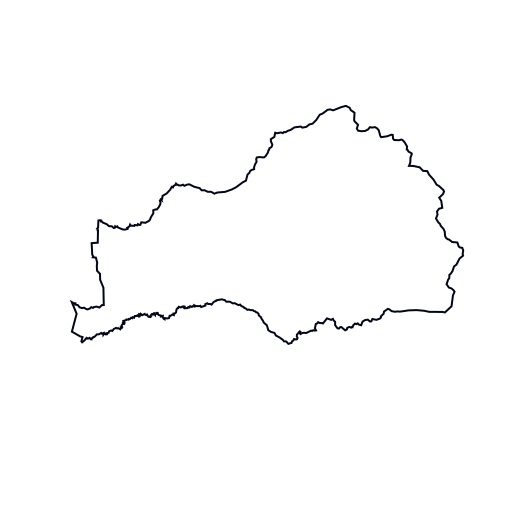 Florida, Valle del Cauca, Colombia, rotated 341°
{"feature_id": "7082276B72857503251060", "entity_name": "Florida", "entity_type": "district", "adm_level": 2, "iso_a3": "COL", "parent_name": "Colombia", "parent_adm1": "Valle del Cauca", "projection": "mercator", "projection_center": [-76.226, 3.3], "detail": "fine", "context": "isolated", "style": "outline", "palette": "ink", "viewbox_px": 512, "rotation_deg": 341, "n_neighbors": 0, "source": "geoboundaries", "source_scale": "gbopen_adm2", "svg_char_len": 6112}
<svg xmlns="http://www.w3.org/2000/svg" viewBox="0 0 512 512"><g transform="rotate(341 256 256)"><path d="M432.1,354.4L431.6,352.6L430.3,350.4L428.1,348.6L427.0,344.8L429.8,341.1L431.5,339.9L432.7,336.8L434.9,335.8L437.0,334.1L439.8,330.4L442.7,329.4L447.7,324.6L451.9,323.1L452.1,321.2L453.7,318.3L453.7,315.4L451.7,314.4L450.8,313.1L450.8,308.8L446.0,306.6L443.9,303.3L442.8,302.6L441.6,300.9L441.3,298.6L442.4,294.3L442.1,291.4L440.5,287.7L440.4,285.6L439.3,283.5L438.4,279.1L441.1,276.0L441.6,272.9L444.4,270.9L447.8,271.1L449.1,264.3L448.2,260.5L452.9,258.4L454.7,256.4L454.7,254.8L451.8,249.4L450.0,247.4L448.8,241.8L446.1,235.4L445.6,231.5L441.7,229.9L439.6,225.4L433.9,222.0L430.0,220.6L432.2,218.1L434.2,213.1L436.6,210.2L436.5,209.5L434.1,206.8L433.9,205.1L433.2,204.4L434.5,201.6L433.6,197.1L432.4,194.2L431.3,193.2L429.0,193.1L424.4,191.3L423.8,189.7L424.7,186.0L423.5,185.4L418.9,185.5L413.0,184.4L412.6,183.0L413.0,177.1L412.0,174.7L410.5,172.9L407.8,172.4L405.6,171.3L403.2,172.8L399.9,173.3L396.2,172.3L393.3,170.7L392.8,168.4L395.2,165.1L393.1,160.9L393.0,159.5L395.8,152.6L393.1,148.9L392.8,146.3L389.8,143.3L385.1,143.0L376.4,143.4L373.8,141.5L371.3,141.1L365.3,143.0L362.2,143.2L357.3,147.0L352.6,149.3L349.3,149.0L345.6,150.3L341.6,149.7L340.5,148.2L334.1,146.9L329.7,148.1L326.8,148.0L324.3,148.6L322.7,147.9L321.4,148.5L319.7,147.3L315.9,146.8L314.3,145.7L312.1,149.4L308.1,150.3L307.4,152.7L307.7,155.9L307.0,157.2L305.7,158.1L303.6,158.6L303.1,159.8L302.2,160.1L301.0,162.0L297.5,164.8L295.6,165.4L291.3,163.5L288.8,163.1L287.7,164.5L287.2,167.1L284.7,169.3L283.0,171.6L282.5,173.3L279.9,173.2L278.2,173.7L276.6,175.4L274.6,176.1L271.0,181.5L267.5,182.0L259.6,184.5L254.8,185.2L247.7,185.3L240.2,183.4L236.9,183.5L234.5,180.7L231.3,179.6L228.8,177.1L226.0,176.2L224.8,173.5L220.2,170.5L216.4,166.6L214.4,166.1L211.1,166.3L210.2,164.8L208.1,164.9L205.9,164.1L205.3,163.1L204.4,163.0L203.9,161.5L202.7,162.6L200.9,162.9L199.8,164.1L198.9,163.2L196.4,165.4L191.9,167.8L187.3,168.7L185.8,171.5L185.3,171.5L185.2,171.1L184.8,171.3L184.8,172.5L184.1,171.6L183.1,172.5L183.1,174.4L182.3,175.9L179.9,178.2L177.4,179.7L175.9,179.2L173.7,179.3L172.8,182.3L169.7,184.7L167.4,187.3L166.0,188.0L162.3,188.6L158.5,186.8L156.9,188.8L155.9,188.7L154.7,187.4L153.9,188.4L151.4,187.2L150.8,187.9L147.6,186.6L147.2,185.3L146.0,186.8L143.5,187.4L143.8,188.1L143.4,188.6L140.6,188.4L138.5,187.4L134.8,184.1L134.5,182.8L133.0,183.0L132.5,182.1L131.7,183.3L130.7,183.3L129.4,181.0L126.7,179.9L125.2,177.3L122.0,174.5L121.5,173.0L120.7,172.9L120.8,171.6L118.6,171.1L115.9,177.7L114.8,178.4L115.2,178.7L114.6,180.3L114.9,180.5L110.7,191.9L104.8,190.3L101.6,201.4L102.0,203.5L101.3,204.1L104.1,205.4L103.7,210.6L102.3,213.4L100.9,218.2L102.7,222.1L100.9,227.7L101.4,236.3L96.1,252.8L94.3,252.3L91.1,253.7L88.9,252.0L86.3,251.5L85.0,252.0L83.6,250.7L81.8,251.6L79.2,251.6L77.7,250.4L76.8,249.0L74.6,248.6L72.5,247.1L71.6,244.5L69.2,243.0L69.8,241.9L68.2,241.2L66.8,239.6L67.6,252.2L57.3,267.6L63.5,274.7L65.6,276.2L63.1,279.8L63.5,281.0L66.6,279.9L68.1,278.7L69.0,279.0L69.3,278.4L70.4,279.4L72.0,279.2L72.5,280.7L73.0,280.5L73.4,281.0L73.8,280.3L74.7,280.5L75.6,279.7L76.8,279.9L80.1,278.3L81.9,278.9L84.6,278.4L84.9,279.2L86.3,279.2L86.0,280.7L87.3,279.6L87.4,280.4L88.7,280.3L88.5,281.2L89.7,281.5L90.7,280.5L91.6,280.6L92.8,279.3L94.9,279.3L95.7,280.1L97.8,278.7L100.3,278.4L101.1,279.3L102.2,279.3L103.8,281.1L104.4,280.4L105.3,280.4L105.2,279.3L106.3,279.5L106.3,277.8L108.0,276.8L109.1,277.4L110.0,276.5L110.0,275.6L108.9,276.0L108.6,275.6L109.2,275.1L109.3,274.2L112.4,274.3L112.8,273.8L114.8,274.7L115.3,274.1L116.4,274.5L117.9,273.7L118.7,274.5L119.7,273.7L120.6,274.7L121.9,273.3L124.0,274.0L124.7,273.4L125.3,273.8L125.6,275.2L126.2,275.3L126.8,274.5L126.8,273.2L127.7,273.9L127.6,273.1L128.0,272.9L129.2,274.9L131.9,274.5L132.1,275.4L133.2,276.2L133.9,275.9L134.5,278.4L136.2,279.4L136.7,279.2L136.1,278.6L138.5,277.0L139.2,277.1L139.5,277.8L140.4,277.1L141.3,278.9L141.8,277.4L142.9,278.2L143.5,277.4L144.2,277.6L144.6,278.1L144.1,278.8L144.9,280.2L146.9,281.5L146.5,282.2L148.4,282.3L147.8,283.4L148.4,285.5L148.9,286.0L149.2,284.8L151.6,286.1L153.5,286.4L154.9,284.4L155.6,284.8L157.7,284.1L159.1,285.1L159.4,283.6L160.7,283.9L162.0,283.3L163.5,280.6L165.1,279.6L165.5,279.9L166.5,278.9L168.2,280.2L169.1,280.0L170.5,280.3L171.0,281.5L171.5,281.0L171.1,280.1L171.5,280.2L172.1,280.6L171.6,282.2L174.5,283.0L175.4,282.2L176.4,283.0L177.4,282.0L178.8,283.3L180.0,282.8L181.3,283.7L181.6,282.5L182.8,283.7L186.1,285.0L187.2,285.0L187.5,286.4L192.0,286.4L192.4,285.0L194.5,284.8L195.1,285.8L197.0,286.4L198.2,287.5L200.4,286.0L202.3,285.4L203.4,285.6L204.0,285.0L209.4,285.8L212.2,287.6L213.0,289.5L216.4,290.7L218.7,293.3L220.4,293.6L223.4,296.7L225.2,296.8L225.9,298.6L227.7,300.2L228.0,301.3L229.1,302.1L230.3,304.1L231.9,304.3L233.0,305.3L235.4,306.2L236.1,307.4L237.2,308.0L237.8,309.3L238.8,309.8L239.6,311.6L239.3,313.0L240.9,315.8L240.7,316.6L241.6,319.9L241.6,321.4L243.7,325.0L243.5,330.2L245.5,332.7L248.4,334.7L248.9,337.6L252.0,341.0L254.3,344.4L254.6,345.8L256.7,346.6L258.0,349.6L261.3,349.7L262.3,348.4L263.9,348.0L264.9,346.9L266.7,348.0L267.7,348.0L268.6,347.0L268.4,345.4L269.1,343.7L272.8,341.5L273.3,342.0L272.3,343.5L272.6,344.3L274.7,343.9L276.7,344.3L278.3,345.2L283.7,344.5L284.6,345.1L286.0,344.8L287.1,345.6L288.5,345.9L288.2,343.5L290.4,339.8L292.1,339.6L293.2,338.8L294.7,340.3L296.7,340.9L297.3,341.6L302.8,338.1L306.2,340.8L308.3,340.5L308.4,342.2L309.4,343.9L308.3,347.1L309.5,350.9L310.8,351.6L312.4,350.7L313.6,351.0L316.1,355.3L318.1,355.0L318.5,353.9L319.8,353.5L321.3,353.5L322.6,354.7L323.3,354.3L324.1,354.8L325.5,353.1L327.5,352.1L328.8,353.1L330.2,352.8L330.9,354.3L332.9,355.7L335.4,352.7L338.3,352.1L341.0,352.6L342.5,355.1L343.8,355.3L345.5,353.5L349.2,355.6L352.7,355.5L354.0,354.9L354.5,353.7L357.9,352.1L359.0,350.2L363.5,348.9L364.6,349.7L366.3,352.3L369.5,354.1L370.9,354.2L374.2,355.5L382.6,357.1L390.4,359.5L397.3,362.6L401.6,365.2L414.4,369.7L416.2,370.9L424.5,367.2L429.4,357.4L432.1,354.4Z" fill="none" stroke="#020617" stroke-width="2"/></g></svg>